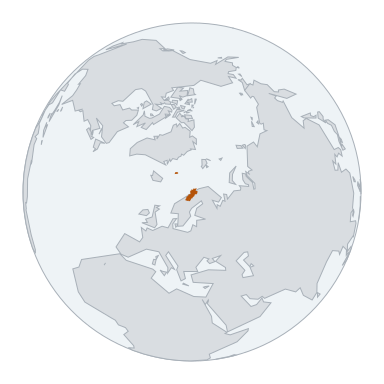 globe centered on Nordland, rotated 20°
{"feature_id": "NOR-75", "entity_name": "Nordland", "entity_type": "County", "adm_level": 1, "iso_a3": "NOR", "parent_name": "Norway", "parent_adm1": "", "projection": "orthographic", "projection_center": [13.986, 68.065], "detail": "fine", "context": "on_globe", "style": "filled", "palette": "amber", "viewbox_px": 384, "rotation_deg": 20, "n_neighbors": 0, "source": "natural_earth", "source_scale": "10m", "svg_char_len": 15822}
<svg xmlns="http://www.w3.org/2000/svg" viewBox="0 0 384 384"><g transform="rotate(20 192 192)"><circle cx="192" cy="192" r="169" fill="#eef3f6" stroke="#a8b0b8"/><path d="M23.3,182.1L23.5,184.7L24.9,177.0L25.4,172.6L25.0,170.9L27.9,155.2L30.9,147.1L49.7,103.5L53.7,98.0L57.1,95.3L80.0,75.3L62.4,87.8L68.1,81.6L75.8,75.3L75.3,76.8L85.6,70.9L93.0,65.6L106.4,61.8L117.6,66.5L112.9,68.3L116.2,69.4L122.2,67.3L125.5,65.7L144.8,68.2L165.4,64.7L170.6,59.9L170.5,64.0L179.5,52.8L189.9,49.5L178.9,55.6L178.4,58.0L185.8,56.8L186.8,59.1L191.0,59.9L191.6,62.8L185.2,66.4L185.4,68.4L190.7,67.5L194.5,70.0L186.8,71.0L192.8,75.5L183.1,82.8L162.0,84.0L157.3,91.2L137.4,101.0L139.9,102.9L134.0,108.0L134.6,112.1L130.8,113.0L134.7,115.5L138.1,114.0L140.9,114.7L141.7,117.0L136.8,118.4L135.8,117.5L134.7,119.1L132.0,118.9L133.7,120.3L127.8,121.9L134.7,123.8L130.8,128.0L126.6,128.1L125.8,123.5L113.9,113.0L109.4,112.0L103.9,115.1L96.0,130.4L91.5,131.4L86.4,136.1L89.4,137.6L94.5,134.5L98.8,138.6L104.6,134.5L107.2,135.6L113.6,133.4L113.9,138.8L110.8,145.2L105.5,147.4L103.9,150.4L110.0,152.5L101.2,160.8L97.2,173.9L94.8,175.6L88.1,171.1L85.4,160.2L76.8,155.2L83.7,163.7L77.5,168.1L77.0,171.1L78.1,174.0L81.0,174.4L79.1,177.1L71.6,169.5L73.2,166.9L75.6,169.3L74.2,164.3L69.2,159.6L66.4,162.4L61.6,152.9L59.6,154.8L57.4,154.0L61.0,151.4L54.5,155.9L48.5,146.7L39.6,154.3L46.9,142.3L48.7,135.7L50.0,128.5L48.5,129.5L52.3,119.0L52.3,112.3L47.1,114.0L41.6,121.2L37.9,132.2L39.1,133.3L37.8,140.9L33.6,141.0L30.4,155.9L27.7,159.0L26.1,165.4L25.7,171.9L25.0,180.3L26.2,182.8L27.5,189.8L25.6,193.7L27.8,194.9L27.4,201.4L31.0,217.9L30.3,217.5L33.0,235.8L38.9,252.7L40.3,258.9L39.3,258.8L42.0,264.4L42.1,265.5L55.5,287.2L64.6,299.9L65.8,303.2L61.1,298.9L61.2,299.0L53.6,288.9L46.8,278.4L40.8,267.3L35.6,255.9L31.3,244.1L27.8,232.0L25.3,219.7L23.7,207.2L23.1,194.6L23.3,182.1ZM37.1,155.7L33.6,174.8L33.2,166.1L33.7,167.2L35.1,161.9L36.8,153.1L37.1,145.8L37.1,155.7ZM174.1,24.0L175.1,23.9L173.9,24.0L174.1,24.0ZM41.0,159.3L41.4,156.3L41.3,159.0L41.0,159.3ZM126.7,64.6L122.2,67.0L116.4,68.2L120.0,65.9L126.7,64.6ZM138.0,63.3L136.2,64.9L132.8,63.3L134.9,62.8L138.0,63.3ZM174.1,56.1L170.3,57.2L173.7,55.4L174.1,56.1ZM191.5,59.5L192.3,58.5L194.1,59.4L191.5,59.5ZM112.9,130.7L113.2,132.0L111.9,131.7L112.9,130.7ZM115.4,128.5L113.7,127.2L114.6,126.0L115.7,126.8L115.4,128.5ZM196.7,64.7L199.4,66.5L195.5,65.3L196.7,64.7ZM117.4,130.5L116.5,124.0L118.2,121.9L123.6,123.4L117.4,130.5ZM200.3,67.9L207.0,72.4L209.3,70.5L206.7,78.5L201.8,71.9L196.7,70.7L200.0,69.9L200.3,67.9ZM138.9,112.5L135.2,114.3L137.6,110.7L138.9,112.5ZM139.7,110.1L142.8,98.5L148.5,97.2L146.3,101.3L153.2,98.1L154.4,103.1L150.9,106.0L147.0,105.8L150.4,107.9L139.7,110.1ZM204.1,82.3L204.8,84.0L202.9,82.9L204.1,82.3ZM142.3,114.7L142.4,112.4L147.3,111.1L148.0,115.4L146.2,114.4L142.3,114.7ZM154.4,94.8L158.1,94.7L160.2,98.7L161.9,99.3L154.9,103.1L154.4,94.8ZM145.4,115.9L148.2,117.7L146.5,120.5L142.5,116.8L145.4,115.9ZM148.4,108.9L150.7,108.6L149.6,110.2L148.4,108.9ZM142.1,131.5L142.2,128.7L144.7,127.7L142.1,131.5ZM149.3,118.2L149.9,117.2L150.9,116.6L152.4,118.3L149.3,118.2ZM156.8,105.8L156.9,107.5L159.8,104.4L161.5,107.4L156.5,109.5L159.3,109.8L159.8,110.8L155.2,111.4L156.8,105.8ZM156.9,118.1L151.1,122.0L150.5,127.4L148.1,128.3L149.6,119.5L156.9,118.1ZM156.3,114.1L156.1,116.8L153.3,116.6L151.7,114.6L156.3,114.1ZM164.4,108.7L163.1,103.6L164.3,103.3L164.4,108.7ZM157.3,119.7L158.6,118.8L157.5,120.1L157.3,119.7ZM162.8,112.1L162.2,110.3L163.5,110.0L162.8,112.1ZM161.9,118.4L160.0,119.6L158.9,118.3L161.9,118.4ZM162.8,115.6L164.7,115.7L159.6,117.1L162.3,114.8L162.8,115.6ZM164.1,112.2L164.7,111.4L164.2,113.0L164.1,112.2ZM167.4,122.9L161.2,125.0L158.6,122.0L165.0,120.3L167.4,122.9ZM190.3,361.0L185.4,360.1L191.0,358.4L189.8,356.4L176.7,349.3L179.7,344.7L175.9,342.2L168.3,342.0L163.8,338.7L159.1,337.9L129.0,332.1L119.3,324.7L106.3,305.0L111.4,301.2L111.3,293.2L145.3,274.7L153.6,278.7L181.5,277.9L185.2,279.3L183.1,286.9L205.0,295.0L210.7,288.3L229.4,289.6L241.0,286.0L243.2,270.8L224.0,276.5L219.5,270.2L234.0,259.5L250.5,254.1L249.3,251.5L237.9,249.0L240.7,241.9L233.8,247.5L237.3,249.6L233.1,253.2L229.6,251.6L230.8,249.1L225.5,249.3L221.4,261.4L224.6,264.8L211.4,269.5L215.4,275.6L212.1,279.3L204.2,270.3L204.2,266.4L190.3,256.2L189.0,260.6L202.1,270.7L198.5,270.2L196.9,276.6L195.2,271.3L181.3,259.5L168.7,261.3L154.3,275.1L146.6,274.7L139.4,269.6L143.0,254.1L159.8,256.8L161.3,251.6L156.5,242.7L162.0,244.4L162.1,241.1L168.3,241.6L175.6,234.4L181.7,233.9L183.3,223.7L186.6,222.2L184.8,228.6L186.7,232.9L201.7,231.4L204.2,228.9L204.0,222.5L208.2,223.0L206.1,217.0L214.0,212.9L202.6,213.0L202.0,205.7L206.1,199.4L203.8,197.1L197.2,207.5L196.4,211.7L199.1,215.2L195.1,227.0L190.3,229.1L186.6,217.1L179.3,219.0L179.6,209.0L197.3,186.6L205.3,181.3L221.5,187.2L220.4,192.4L214.0,192.8L221.1,198.9L220.0,195.3L223.4,195.8L223.8,189.3L226.2,189.4L222.4,183.1L225.4,182.5L227.8,186.5L231.0,176.6L236.9,173.7L236.5,171.4L234.3,169.9L243.3,167.4L242.6,165.8L239.3,166.0L235.7,163.2L232.8,157.2L236.1,156.7L237.6,158.8L245.7,162.4L249.1,168.2L250.2,167.4L248.0,162.3L238.1,157.8L235.5,154.4L240.4,155.7L238.4,155.0L238.1,153.1L240.9,150.8L235.6,149.0L228.0,130.1L232.7,124.0L237.9,127.2L236.0,114.1L241.4,108.7L238.4,108.9L235.5,103.0L233.7,104.6L232.1,104.2L223.8,90.3L224.4,86.8L217.4,81.3L215.8,81.5L215.0,83.7L206.7,78.5L209.3,70.5L212.7,70.6L212.0,65.7L219.8,66.7L226.0,65.4L235.0,69.6L239.1,68.4L238.3,66.6L243.4,63.8L256.3,64.4L249.1,71.6L230.4,73.1L238.3,73.0L237.5,75.4L240.9,76.9L246.4,76.8L246.5,75.3L260.3,88.0L275.5,93.7L272.1,87.0L274.2,83.8L288.5,85.5L311.1,103.5L314.2,100.2L317.2,101.3L320.8,106.9L316.5,105.4L316.3,109.4L313.3,107.8L317.7,116.6L313.6,114.7L319.0,122.6L321.6,121.6L319.3,114.4L325.7,122.3L328.8,117.8L333.8,120.2L344.4,137.8L348.2,151.7L349.4,153.5L348.5,157.1L350.9,165.8L355.6,163.1L356.8,165.3L359.0,179.4L358.4,178.2L356.0,187.7L358.2,194.7L360.1,188.7L360.9,189.9L360.6,196.0L359.5,195.5L358.6,198.7L356.9,193.5L352.5,191.4L352.0,200.2L350.2,197.3L344.1,199.0L342.3,211.5L340.8,235.2L343.7,243.7L341.8,252.4L332.0,251.0L326.4,245.0L323.6,250.4L312.9,251.3L296.6,267.1L293.6,266.0L290.7,270.2L283.0,272.4L278.1,269.8L273.8,273.0L286.6,279.4L291.2,275.7L294.0,267.7L296.8,270.8L304.1,269.1L298.5,285.8L273.2,311.3L269.6,305.5L244.6,291.7L244.7,288.6L244.5,288.3L244.2,287.8L243.0,293.2L238.3,289.5L252.9,302.2L255.8,308.1L272.8,311.9L271.5,313.7L276.7,313.2L291.7,301.1L292.1,303.3L285.6,317.3L263.7,338.5L266.0,341.6L263.4,344.7L248.5,351.2L237.2,354.8L225.7,357.6L214.0,359.5L202.2,360.7L190.3,361.0ZM135.0,288.2L134.4,290.8L135.0,288.2ZM269.2,255.0L278.4,249.6L272.3,242.9L275.3,240.3L272.1,239.1L271.8,242.4L263.7,238.3L266.9,232.8L264.8,229.2L261.6,230.9L257.0,241.6L268.5,247.5L267.3,252.6L269.2,255.0ZM31.2,218.3L31.4,221.1L30.6,218.4L31.2,218.3ZM31.8,166.3L31.7,169.8L31.2,172.1L31.1,169.7L31.8,166.3ZM33.7,195.0L34.2,199.2L33.2,195.4L33.7,195.0ZM33.3,177.8L33.3,191.7L31.5,184.9L31.7,176.2L32.3,181.3L33.3,177.8ZM38.5,159.8L38.1,162.2L37.4,162.2L38.5,159.8ZM40.9,161.3L40.9,160.6L41.6,159.0L40.9,161.3ZM78.0,168.5L78.5,169.2L79.0,172.4L77.6,171.4L78.0,168.5ZM88.4,184.0L85.2,188.0L86.5,184.4L83.9,183.6L83.4,175.2L93.5,176.0L89.0,177.1L88.4,184.0ZM85.6,164.4L84.8,169.5L85.3,163.9L85.6,164.4ZM156.5,223.5L159.1,226.2L157.3,229.8L149.6,230.9L152.0,225.6L156.5,223.5ZM163.1,229.1L161.6,217.1L166.3,216.1L163.9,218.7L167.2,219.2L164.2,223.5L170.2,234.5L169.1,238.4L155.4,238.0L160.5,235.9L157.7,233.4L163.1,229.1ZM149.3,190.0L148.7,185.3L159.8,189.2L159.1,193.2L151.3,194.4L147.6,190.4L149.3,190.0ZM127.2,134.5L126.3,132.8L127.6,132.4L129.5,133.5L127.2,134.5ZM141.9,130.3L132.7,141.8L131.2,140.3L127.6,149.0L122.2,148.7L124.6,143.0L117.8,149.4L117.9,144.1L113.7,148.9L119.8,136.3L119.5,132.0L121.9,136.9L126.9,137.3L129.0,136.2L134.8,129.9L136.7,121.0L142.0,120.2L145.2,121.9L145.6,123.9L142.0,123.8L145.0,126.6L140.1,128.0L141.9,130.3ZM179.8,145.7L175.5,144.3L180.7,150.9L175.9,152.0L176.8,152.7L173.7,155.5L171.6,160.3L169.2,160.0L169.4,162.0L167.4,164.0L166.9,166.7L162.4,167.2L161.4,170.6L159.9,168.9L159.3,174.6L157.8,170.7L155.0,173.0L158.0,175.6L135.4,173.0L127.1,175.3L121.1,179.4L119.2,172.4L123.6,164.2L131.3,156.6L139.5,155.6L137.2,152.7L140.4,151.4L140.9,154.2L142.1,149.1L144.9,148.8L151.7,142.6L151.6,135.7L154.1,133.3L155.6,135.9L157.0,131.8L161.4,135.1L163.3,133.6L169.5,135.4L171.1,141.4L173.1,139.2L177.9,140.6L179.8,145.7ZM169.1,123.6L172.1,130.3L171.0,134.3L160.7,129.5L158.4,130.5L151.8,127.7L153.6,122.1L155.3,123.4L157.4,123.3L156.0,125.1L158.7,123.6L161.2,125.4L163.9,124.8L164.2,127.1L169.1,123.6ZM188.7,276.3L191.4,276.6L195.6,276.0L194.6,280.1L188.7,276.3ZM179.0,268.4L181.4,267.9L182.1,273.3L179.3,273.1L179.0,268.4ZM182.1,263.2L181.5,267.5L180.1,265.0L182.1,263.2ZM186.9,227.8L189.3,227.0L189.8,228.4L188.8,230.7L186.9,227.8ZM194.1,166.3L191.9,164.7L192.4,163.6L190.1,158.0L193.5,156.9L196.3,159.8L194.1,166.3ZM240.3,274.4L237.3,278.2L235.3,277.5L236.8,276.3L240.3,274.4ZM215.1,280.6L221.2,281.3L214.8,281.7L215.1,280.6ZM197.4,164.1L196.1,161.9L198.6,162.7L197.4,164.1ZM195.9,155.8L198.8,156.2L193.7,156.1L195.9,155.8ZM271.4,341.1L274.2,339.3L282.8,334.1L287.3,330.4L289.0,330.2L285.3,332.9L271.4,341.1ZM360.6,203.4L358.3,209.6L359.2,203.9L361.0,192.3L361.0,192.8L360.6,203.4ZM358.3,162.2L355.3,149.0L354.6,146.2L358.3,162.2ZM344.3,243.6L347.3,244.1L345.9,247.9L344.3,243.6ZM351.9,138.7L354.8,147.4L351.6,138.4L351.9,138.7ZM349.0,132.3L349.7,133.2L349.7,134.4L349.0,132.3ZM351.1,155.4L351.7,159.9L350.9,159.1L349.6,152.9L351.1,155.4ZM337.7,122.4L340.8,124.8L342.0,126.5L340.8,126.9L337.7,122.4ZM224.6,152.5L224.0,161.5L225.9,167.4L230.4,169.9L223.7,170.4L220.9,161.2L224.6,152.5ZM227.2,132.9L223.2,130.9L225.1,129.4L226.2,129.6L227.2,132.9ZM224.8,133.4L219.6,135.6L217.4,133.0L221.9,131.7L224.8,133.4ZM208.6,149.8L208.2,152.5L206.2,151.7L208.6,149.8ZM349.6,131.1L349.7,131.3L351.5,136.2L347.0,124.9L347.0,124.7L349.6,131.1ZM348.2,128.0L350.0,132.6L347.6,126.9L348.2,128.0ZM350.0,132.9L349.3,131.9L348.4,129.0L350.0,132.9ZM347.5,126.1L345.7,122.9L346.0,122.8L347.5,126.1ZM347.5,130.0L346.9,125.7L349.2,133.3L345.4,129.2L344.2,125.4L347.5,130.0ZM316.3,93.9L314.5,93.8L312.3,90.4L314.2,91.4L316.3,93.9ZM303.4,79.9L311.1,89.5L317.0,97.7L316.9,95.9L321.3,99.1L319.5,101.1L312.8,94.2L309.0,88.3L305.0,86.3L300.2,81.6L296.0,81.1L292.7,78.9L295.3,77.5L303.4,79.9ZM294.3,81.3L285.3,79.4L282.7,73.9L284.1,73.0L289.3,76.2L290.4,78.9L294.3,81.3ZM282.3,77.4L283.2,80.1L271.9,84.1L268.9,83.7L276.1,77.3L277.4,79.6L280.6,79.6L282.3,77.4ZM206.4,83.3L204.9,83.9L205.4,82.4L206.4,83.3ZM231.2,105.2L229.0,104.5L229.6,102.7L231.2,105.2ZM223.2,101.6L224.1,104.1L221.8,101.6L223.2,101.6ZM226.2,109.8L223.7,105.2L228.1,109.3L226.2,109.8Z" fill="#d9dde1" stroke="#a8b0b8" stroke-width="1"/><path d="M196.5,190.5L196.5,190.9L196.6,191.4L196.3,192.1L195.7,191.8L195.1,192.4L194.8,193.4L194.5,193.6L194.4,193.9L194.8,194.5L194.8,194.9L194.4,195.4L193.7,196.6L193.8,197.3L193.3,197.6L192.7,197.7L192.8,198.7L192.7,199.0L192.7,200.1L192.5,200.3L192.4,200.7L191.0,200.7L190.5,201.2L189.8,201.0L189.8,200.9L190.3,200.6L190.7,200.1L190.2,200.6L190.2,200.4L190.4,200.3L189.8,200.3L190.2,199.9L190.4,200.0L190.2,199.7L190.4,199.9L190.3,199.7L190.5,199.7L190.3,199.7L190.3,199.3L190.2,199.5L190.2,199.3L190.1,199.5L190.0,199.2L190.2,198.9L190.4,199.0L190.5,199.1L190.3,198.8L190.5,198.7L190.3,198.6L190.4,198.3L190.6,198.2L191.0,198.5L191.0,198.2L190.7,198.1L190.9,197.8L190.4,197.9L191.5,197.4L191.4,197.5L191.5,197.5L191.5,197.8L191.8,197.7L191.6,197.5L192.2,197.2L191.6,197.4L191.5,197.2L190.9,197.6L191.0,197.3L191.5,197.2L191.2,197.0L190.9,197.1L191.0,196.9L191.0,196.7L190.8,196.5L191.0,196.5L191.3,196.7L191.2,196.7L191.6,196.6L191.4,196.4L191.7,196.3L191.1,196.5L191.1,196.3L191.3,196.2L191.0,196.2L191.5,196.2L191.1,196.0L191.7,196.0L191.9,195.9L191.5,196.0L191.5,195.9L191.4,195.8L192.0,195.8L191.7,195.6L191.5,195.4L192.0,195.2L191.9,195.3L192.0,195.4L192.1,195.0L192.3,195.2L192.7,195.1L192.3,194.9L192.4,194.7L192.5,194.6L192.5,194.8L192.9,194.8L192.6,194.6L193.1,194.5L193.2,194.8L193.1,194.7L193.3,194.5L193.6,194.7L193.6,194.8L193.6,194.5L194.0,194.6L193.2,194.4L193.3,194.2L192.8,194.5L192.7,194.5L192.8,194.3L192.4,194.4L192.7,193.9L193.0,194.0L193.2,193.8L192.9,193.8L192.8,193.7L193.2,193.4L193.3,193.5L193.2,193.5L193.4,193.6L193.3,193.9L193.6,193.7L193.9,194.3L193.9,194.2L193.7,193.7L194.2,193.5L193.4,193.6L193.4,193.4L193.7,193.4L193.3,193.3L193.5,193.1L193.9,193.1L193.6,193.0L193.8,192.9L194.0,193.1L193.8,192.9L193.6,192.8L193.6,192.6L193.3,193.0L193.0,193.2L192.8,193.2L193.0,193.1L192.9,193.0L193.3,192.9L192.9,192.7L193.2,192.6L193.4,192.6L193.7,192.4L193.7,192.5L194.0,192.3L194.1,192.5L194.3,192.1L194.1,192.1L193.8,192.1L193.7,192.0L193.4,192.1L193.8,191.7L193.9,191.9L193.8,192.0L194.0,191.9L194.2,191.4L194.3,191.7L194.3,192.1L194.5,192.5L194.8,192.7L194.5,192.5L194.5,192.2L194.8,192.4L194.6,192.1L194.8,192.2L194.6,192.0L195.0,191.9L194.5,191.9L194.9,191.6L194.7,191.5L194.4,191.5L194.6,191.4L194.3,191.3L194.5,191.2L195.1,191.7L194.8,191.3L194.4,191.1L194.9,190.9L195.1,191.0L195.4,191.0L195.7,191.3L195.7,191.6L195.8,191.4L195.5,191.1L195.5,190.9L196.2,190.9L195.8,190.8L195.8,190.5L195.3,190.8L195.4,190.7L195.2,190.6L194.7,190.8L194.7,190.6L196.4,190.2L196.5,190.5ZM194.7,190.4L194.3,190.6L194.1,191.1L194.0,190.7L193.9,190.9L194.0,191.0L193.9,190.9L193.8,191.3L193.5,191.1L193.8,190.8L193.7,190.7L193.6,190.9L193.2,191.4L193.3,190.9L193.5,190.8L193.4,190.8L193.5,190.7L193.3,190.6L193.8,190.4L193.6,190.0L193.8,190.1L193.6,190.0L193.6,189.8L193.8,189.7L193.7,189.6L193.8,189.3L194.0,189.3L193.9,190.0L193.8,190.3L193.8,190.8L194.1,190.4L194.7,190.4ZM192.4,190.2L192.6,190.0L192.5,189.8L192.6,190.0L192.7,189.7L192.7,190.0L193.0,189.9L193.0,189.6L193.1,189.8L193.1,189.7L193.2,189.8L193.1,189.3L193.2,189.2L193.3,189.5L193.5,189.7L193.4,189.8L193.5,190.0L193.2,190.5L192.9,190.4L193.3,190.1L193.2,190.0L193.1,189.9L193.2,190.0L192.9,190.2L192.7,190.1L192.6,190.4L192.4,190.2ZM171.6,179.2L171.4,179.5L170.8,179.5L170.3,179.8L170.3,179.6L171.0,179.4L171.3,179.1L171.6,179.2ZM193.3,190.8L192.8,191.4L192.9,191.2L192.7,191.5L192.2,191.7L192.4,191.5L192.4,191.4L192.6,191.3L192.4,191.1L192.7,191.1L192.7,190.9L192.8,191.1L192.8,190.9L192.9,191.0L193.0,190.9L193.3,190.8ZM193.6,189.5L193.5,189.3L193.7,188.9L194.1,188.4L194.3,188.3L194.2,188.8L194.0,189.1L193.6,189.2L193.6,189.5ZM192.0,191.4L192.1,191.7L191.8,191.7L191.8,191.8L191.7,191.8L191.7,192.0L191.6,191.8L191.5,192.1L191.4,192.0L191.6,191.7L191.4,191.8L191.5,191.7L191.4,191.6L191.6,191.5L191.6,191.3L191.8,191.4L192.0,191.2L192.0,191.4ZM189.9,199.3L190.2,199.8L189.6,200.3L189.7,199.9L189.8,199.9L190.0,199.6L189.8,199.6L189.9,199.3ZM191.0,191.9L191.0,192.1L191.0,192.4L190.9,192.3L191.0,192.4L190.9,192.5L190.7,192.7L191.0,191.9ZM194.4,190.6L194.7,190.8L194.3,191.0L194.4,190.6ZM190.2,198.1L190.7,198.0L190.1,198.4L190.2,198.1ZM189.8,200.6L189.7,200.8L189.5,200.7L189.8,200.4L189.9,200.5L189.8,200.6ZM193.0,190.7L192.7,190.5L193.1,190.5L193.0,190.7ZM190.4,197.8L190.0,198.0L190.3,197.6L190.1,197.6L190.3,197.4L190.4,197.6L190.4,197.8ZM191.2,191.8L191.4,191.8L191.3,192.2L191.1,192.2L191.2,191.9L191.3,192.0L191.2,191.8ZM189.6,199.0L189.5,199.3L189.3,199.2L189.4,198.9L189.6,199.0ZM192.3,194.7L192.2,195.1L192.0,194.9L192.3,194.7ZM193.4,192.3L193.1,192.4L193.2,192.2L193.3,192.3L193.4,192.3ZM194.1,192.1L193.7,192.2L193.8,192.1L194.1,192.1ZM192.1,191.3L192.3,191.4L192.2,191.5L192.1,191.3ZM190.7,197.2L190.6,197.4L190.6,197.2L190.7,197.2ZM190.8,196.7L190.7,197.0L190.6,196.9L190.8,196.7ZM193.1,191.4L192.9,191.5L193.0,191.3L193.1,191.4ZM193.1,189.5L192.9,189.6L193.0,189.4L193.1,189.5ZM192.4,193.8L192.4,194.0L192.4,193.8ZM193.3,192.3L193.4,192.1L193.3,192.3ZM189.6,200.8L189.7,201.0L189.6,200.8Z" fill="#f59e0b" stroke="#b45309" stroke-width="1.5"/></g></svg>